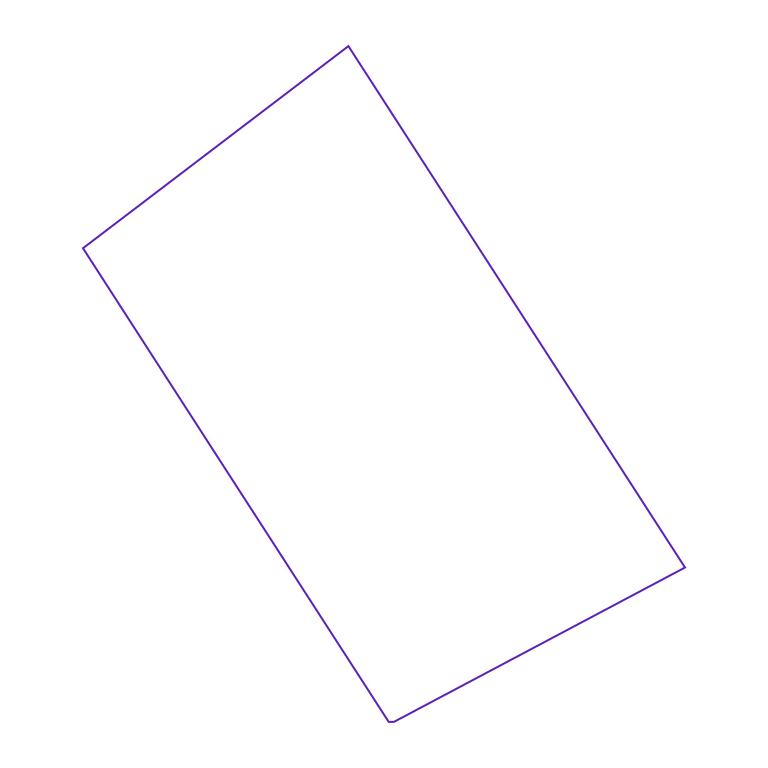 outline of 57, Ar Rayyān, Qatar
{"feature_id": "91078587B47648989692762", "entity_name": "57", "entity_type": "district", "adm_level": 2, "iso_a3": "QAT", "parent_name": "Qatar", "parent_adm1": "Ar Rayyān", "projection": "natural_earth1", "projection_center": [51.432, 25.189], "detail": "fine", "context": "isolated", "style": "outline", "palette": "violet", "viewbox_px": 768, "rotation_deg": 0, "n_neighbors": 0, "source": "geoboundaries", "source_scale": "gbopen_adm2", "svg_char_len": 231}
<svg xmlns="http://www.w3.org/2000/svg" viewBox="0 0 768 768"><path d="M685.0,567.5L348.4,46.1L335.7,55.8L83.0,248.2L86.2,253.2L209.7,444.7L388.7,721.9L393.9,721.9L685.0,567.5Z" fill="none" stroke="#5b21b6" stroke-width="2"/></svg>